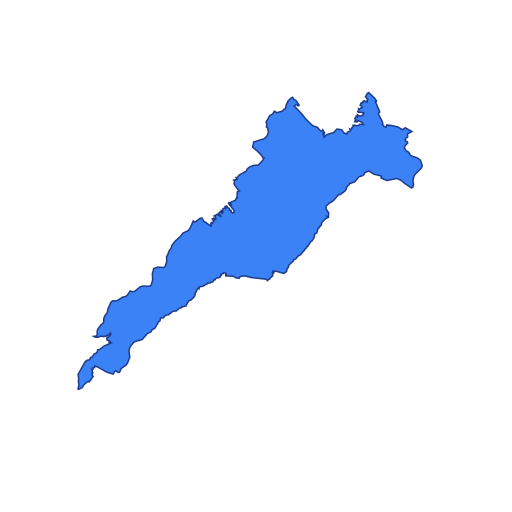 outline of Stejari, Gorj, Romania, rotated 205°
{"feature_id": "2599482B41789780482797", "entity_name": "Stejari", "entity_type": "district", "adm_level": 2, "iso_a3": "ROU", "parent_name": "Romania", "parent_adm1": "Gorj", "projection": "robinson", "projection_center": [23.706, 44.799], "detail": "fine", "context": "isolated", "style": "filled", "palette": "blue", "viewbox_px": 512, "rotation_deg": 205, "n_neighbors": 0, "source": "geoboundaries", "source_scale": "gbopen_adm2", "svg_char_len": 6131}
<svg xmlns="http://www.w3.org/2000/svg" viewBox="0 0 512 512"><g transform="rotate(205 256 256)"><path d="M222.9,451.8L223.8,450.5L224.1,446.6L220.8,445.2L221.2,444.3L220.5,443.0L221.1,442.6L220.9,442.3L223.6,442.5L224.4,441.3L223.9,440.5L224.1,439.9L225.1,439.5L225.5,438.5L225.3,436.6L223.3,436.4L222.5,435.0L223.7,434.3L224.3,432.8L225.3,432.8L224.7,431.7L224.8,429.8L224.0,429.5L219.3,431.5L218.7,431.3L219.0,430.2L218.3,429.4L220.8,426.7L223.7,426.8L223.2,426.1L223.8,425.6L222.7,425.4L222.6,424.7L224.3,424.2L224.5,422.4L223.6,421.7L223.2,419.3L221.0,420.4L221.0,421.2L221.6,421.7L220.4,421.9L216.2,421.9L214.2,420.5L217.6,419.3L217.9,418.1L219.7,416.6L221.8,416.4L221.8,415.8L223.3,415.5L222.7,414.4L222.9,413.0L223.3,412.8L223.6,410.5L224.5,410.6L223.2,409.4L225.6,406.6L225.1,405.5L225.5,404.6L228.7,404.9L231.7,406.6L236.3,405.3L237.9,400.6L242.4,396.7L243.8,394.8L244.6,392.5L247.1,395.4L246.9,396.1L245.8,395.2L245.9,396.6L248.8,398.6L248.8,397.7L250.2,396.5L254.7,398.6L258.9,398.1L260.8,398.4L268.8,401.2L274.2,404.0L284.8,408.1L283.7,409.9L282.6,410.3L281.5,409.8L280.7,410.3L280.7,411.0L285.6,413.9L287.7,413.9L289.9,415.3L290.8,414.4L292.4,410.4L292.5,405.2L291.7,403.5L291.7,401.8L292.9,400.5L293.1,398.7L297.6,394.7L300.6,395.0L300.9,391.7L302.9,388.9L303.4,381.4L301.7,379.8L301.2,377.4L299.5,376.8L297.0,373.3L296.7,369.6L298.0,365.9L306.4,358.2L305.6,356.2L305.5,354.2L304.8,353.1L299.1,351.6L293.1,349.3L291.1,347.8L290.0,348.2L290.3,347.5L290.1,346.2L292.3,339.4L296.2,337.3L299.2,334.3L300.7,331.4L300.7,328.8L305.5,322.2L306.1,319.4L307.3,318.6L305.3,317.4L308.3,315.4L307.3,314.9L306.5,313.2L306.6,312.3L305.1,311.1L299.6,308.1L298.5,308.1L300.1,306.0L298.0,301.6L298.2,301.1L297.6,300.8L298.3,299.7L298.3,297.7L302.3,293.3L299.7,291.8L300.4,291.3L303.1,292.6L303.3,292.1L295.8,288.4L294.1,286.4L294.4,285.8L294.0,285.6L295.2,285.6L295.6,285.0L297.3,285.4L297.8,286.8L299.6,286.7L300.2,287.8L302.2,288.0L303.7,289.0L304.9,287.9L304.0,287.5L304.2,287.1L303.5,286.7L303.5,286.0L304.7,286.5L305.9,284.8L305.5,283.4L306.3,282.9L304.9,282.2L306.3,281.7L304.5,280.7L304.5,280.4L307.1,281.1L308.0,278.6L303.9,276.8L308.7,277.4L310.9,274.6L309.3,274.2L308.1,272.8L308.5,272.5L308.3,272.2L310.5,272.4L311.1,271.3L309.9,271.1L309.5,270.8L310.0,270.4L309.0,270.2L309.3,269.6L308.9,269.0L309.7,267.8L309.5,267.4L310.6,267.5L310.6,265.9L309.3,264.7L309.5,263.9L316.0,265.3L317.6,265.1L321.1,267.6L322.6,266.6L325.7,260.8L327.7,261.3L327.5,253.7L328.0,251.1L328.7,249.6L331.8,246.1L332.9,241.6L335.7,234.9L336.6,230.5L336.3,227.3L336.9,224.4L336.5,219.4L336.8,217.8L334.5,213.0L333.9,208.3L334.4,207.0L335.6,206.2L340.3,204.5L343.3,201.5L342.5,196.2L339.5,190.6L338.7,184.9L339.9,183.6L342.1,182.3L343.2,182.2L346.4,180.6L348.1,178.8L351.0,172.8L352.5,171.5L355.3,171.1L356.0,166.1L357.1,164.2L359.6,162.2L363.2,156.5L367.0,154.8L368.0,152.8L367.8,145.3L366.8,141.6L367.7,138.2L367.6,135.1L365.9,131.1L367.5,127.8L368.5,122.8L368.1,120.3L367.2,119.0L366.5,116.3L369.1,114.6L367.5,114.5L364.9,115.5L362.8,117.8L359.7,118.7L355.9,122.5L355.7,124.5L355.3,124.7L354.5,124.0L355.1,122.4L354.7,122.0L355.5,119.9L356.7,119.7L356.5,118.4L355.4,116.8L352.8,117.2L351.7,116.6L353.3,115.5L350.5,116.0L355.8,110.0L358.0,105.4L359.8,104.1L359.3,101.8L360.1,100.0L361.3,98.9L361.8,95.2L363.1,94.1L362.8,91.8L365.3,89.9L366.2,87.7L367.2,73.6L364.5,69.1L363.8,66.8L362.1,64.6L361.1,60.2L360.3,60.2L358.0,63.2L357.4,67.0L355.7,70.6L353.7,71.7L354.1,72.6L353.2,73.9L353.5,74.3L352.7,78.1L354.1,78.7L354.8,80.3L354.4,81.1L355.7,81.9L355.9,83.5L356.7,83.9L356.2,84.0L356.0,84.7L356.6,85.6L355.1,86.6L355.8,88.1L352.8,88.5L341.9,87.7L336.0,88.5L335.4,88.7L335.4,91.4L334.7,92.7L331.6,92.2L330.5,93.1L330.6,97.1L327.6,102.3L327.2,104.5L327.6,110.9L331.0,116.3L331.7,119.1L331.5,121.8L330.1,126.7L323.9,132.2L321.7,139.6L319.0,143.2L319.0,145.5L317.2,147.6L316.4,155.4L315.6,156.7L316.3,159.5L313.9,160.7L313.1,163.5L312.0,164.9L310.3,165.8L310.0,167.4L309.3,167.8L308.7,169.5L307.3,171.3L305.1,172.4L303.1,176.6L302.0,177.2L301.9,178.2L298.3,181.2L298.3,184.7L297.7,187.4L296.3,188.6L294.7,193.1L294.9,195.7L295.5,196.8L295.0,198.3L295.3,201.2L294.8,202.4L293.8,202.2L294.4,204.0L291.4,206.1L290.1,207.8L290.0,208.7L288.6,209.8L288.3,211.1L286.6,211.9L286.0,212.4L286.1,212.9L284.3,214.2L283.8,216.2L284.1,216.7L283.0,217.3L283.1,218.1L282.4,219.3L279.7,221.3L280.1,222.2L279.2,223.8L279.8,224.2L279.8,224.9L278.3,226.3L278.4,227.0L277.7,227.6L275.5,227.3L275.1,226.7L275.7,226.4L275.0,225.2L268.8,227.8L266.6,228.2L265.6,227.6L261.9,228.6L262.1,229.7L260.6,231.7L257.2,233.4L251.4,234.4L237.4,239.1L235.1,238.6L235.1,239.4L233.8,241.1L234.1,241.5L232.7,244.6L232.6,245.4L233.4,246.7L232.8,247.7L233.3,248.3L234.3,248.1L234.2,248.7L233.7,248.8L233.9,249.2L233.2,249.1L233.4,249.7L232.6,249.7L232.3,250.5L223.4,252.0L222.4,253.5L221.8,255.3L222.4,257.1L221.9,259.8L222.3,260.3L222.2,262.0L220.0,267.3L220.2,268.6L218.6,270.3L217.9,273.6L216.2,275.9L214.6,281.5L214.6,282.7L213.7,284.6L213.6,286.4L213.0,287.0L212.6,291.8L211.7,293.0L211.1,297.1L212.1,300.8L211.1,302.0L210.7,303.4L211.5,307.3L210.5,308.4L210.7,309.8L209.8,311.9L210.4,312.8L210.3,315.0L208.6,319.4L206.9,321.4L208.2,321.9L207.0,322.2L208.2,325.6L212.5,328.4L213.6,330.9L211.4,335.8L210.2,337.1L208.8,340.1L207.1,346.5L205.5,347.4L202.9,352.4L202.4,354.6L202.9,356.8L202.5,358.8L201.7,360.0L201.8,361.1L197.9,364.8L196.2,371.3L193.7,373.5L192.6,375.4L192.7,377.4L189.7,380.8L183.6,380.0L175.5,381.6L176.1,381.1L175.7,379.6L169.4,379.7L161.3,385.6L159.9,385.9L155.3,385.7L152.8,384.8L143.9,383.3L142.9,384.7L143.5,387.5L145.7,390.8L146.6,395.3L146.3,397.3L143.3,405.6L143.5,408.2L147.5,412.3L151.4,413.1L157.2,412.4L158.9,412.8L161.6,414.6L164.9,415.0L167.4,416.9L167.5,418.5L166.3,422.7L167.5,423.6L169.5,423.4L170.1,425.9L168.8,427.8L170.3,430.7L167.3,434.7L175.0,435.3L176.4,432.4L182.3,432.9L189.3,431.3L190.6,430.8L190.6,430.3L192.7,430.4L192.8,427.5L194.7,427.6L197.3,428.8L197.0,429.6L198.8,431.6L204.7,436.1L205.4,437.2L204.7,438.6L205.0,439.1L213.2,446.5L212.2,447.0L212.4,447.5L214.8,449.0L222.9,451.8Z" fill="#3b82f6" stroke="#1e3a8a" stroke-width="1.5"/></g></svg>